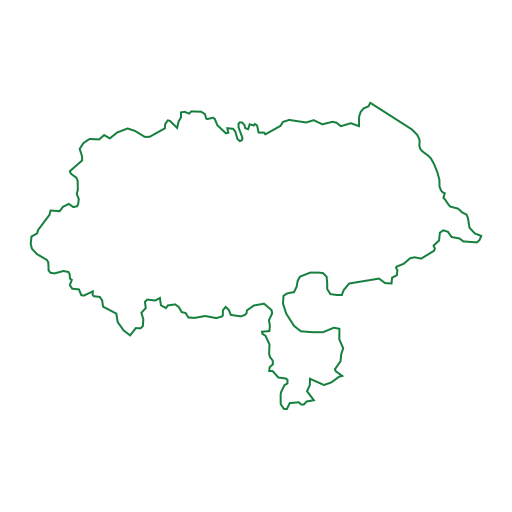 North Yorkshire, Mercator projection
{"feature_id": "GBR-2140", "entity_name": "North Yorkshire", "entity_type": "Administrative County", "adm_level": 1, "iso_a3": "GBR", "parent_name": "United Kingdom", "parent_adm1": "", "projection": "mercator", "projection_center": [-1.361, 54.089], "detail": "fine", "context": "isolated", "style": "outline", "palette": "green", "viewbox_px": 512, "rotation_deg": 0, "n_neighbors": 0, "source": "natural_earth", "source_scale": "10m", "svg_char_len": 3489}
<svg xmlns="http://www.w3.org/2000/svg" viewBox="0 0 512 512"><path d="M370.4,102.9L411.7,129.3L417.1,134.7L419.4,139.3L419.6,142.2L419.3,144.8L419.9,148.2L421.9,151.0L428.2,155.7L430.9,158.4L433.8,163.6L437.1,171.5L439.4,179.8L439.5,186.4L440.2,188.5L441.2,190.7L442.7,192.4L444.7,193.1L443.9,196.5L443.4,197.8L445.0,199.4L448.6,204.8L450.1,206.5L457.9,208.6L459.8,210.1L462.1,212.4L466.5,214.6L467.9,217.9L469.3,226.6L469.7,228.0L474.8,233.4L481.3,236.0L481.2,236.3L479.4,240.2L476.9,242.4L463.2,241.4L459.8,238.6L451.6,237.0L447.9,231.8L443.3,230.3L439.9,232.7L439.0,240.6L433.6,245.5L434.9,248.6L434.0,250.8L421.2,258.6L414.6,257.3L410.2,258.2L403.8,263.7L396.7,266.6L396.0,267.5L397.4,270.3L396.8,275.3L392.1,277.7L391.5,283.5L385.1,283.1L379.0,278.6L349.2,283.5L343.7,290.1L341.8,295.0L336.8,295.0L330.4,294.1L327.2,289.0L327.2,283.1L326.6,276.7L322.9,273.1L318.6,272.6L310.3,272.6L304.4,274.9L299.9,276.7L297.7,280.8L296.6,286.8L294.0,292.2L290.5,292.7L286.7,293.6L283.5,295.9L283.0,303.6L286.2,313.6L294.0,325.9L300.9,331.3L312.4,332.2L323.1,332.2L333.9,327.7L339.4,328.8L339.3,339.3L343.2,348.3L341.2,354.2L340.6,361.1L334.9,369.3L335.8,371.3L342.2,375.9L339.0,376.8L331.3,382.4L324.0,385.0L310.0,378.8L309.8,385.3L307.0,391.2L313.8,400.2L306.6,401.5L303.8,404.6L301.2,404.5L298.8,402.3L289.8,403.1L286.8,409.1L283.9,408.9L280.7,404.1L280.6,395.1L281.0,392.3L284.5,385.1L287.4,383.5L287.5,379.9L285.8,378.5L278.3,377.5L272.7,371.1L269.2,371.0L269.7,367.2L272.9,364.3L272.7,360.5L270.1,357.3L269.1,354.0L269.5,344.5L265.5,335.8L262.5,333.9L262.0,331.7L269.4,331.1L269.9,326.0L269.0,320.1L272.1,313.5L271.6,310.1L264.0,303.7L253.9,305.5L246.9,310.4L246.6,313.0L245.0,314.9L240.8,316.4L230.8,314.9L228.8,309.9L225.6,306.9L222.9,310.3L222.8,315.6L221.7,316.6L216.2,318.1L205.1,316.0L194.7,317.9L188.4,317.5L185.6,313.0L181.7,312.1L178.8,307.0L175.1,304.4L167.9,305.4L165.9,308.1L160.9,305.2L159.9,298.0L155.2,300.5L147.2,299.6L144.9,301.9L145.8,308.0L141.4,312.8L143.3,319.3L142.9,326.0L140.6,328.3L135.8,328.1L130.1,335.4L123.7,330.5L117.7,322.1L116.3,313.6L103.0,306.6L102.2,300.6L99.9,297.0L93.8,296.2L92.6,294.7L92.8,291.4L83.8,295.6L81.3,295.2L78.9,289.4L72.2,288.7L69.8,285.1L71.8,279.9L70.1,278.7L69.5,273.8L68.4,272.0L63.5,271.0L54.6,273.4L50.4,272.8L48.6,270.4L48.3,262.4L46.7,259.8L36.9,254.1L31.9,248.7L30.7,243.9L31.5,236.5L37.0,233.5L38.3,229.7L49.5,214.8L50.6,210.5L59.6,211.2L63.0,206.8L68.8,203.9L73.3,207.1L77.0,206.3L78.1,204.5L78.8,199.1L76.7,193.8L77.8,190.1L77.7,180.9L76.4,177.8L71.0,173.8L69.8,171.2L82.1,160.5L82.1,156.5L79.7,148.9L83.4,143.1L89.5,139.0L99.2,139.4L104.1,135.1L106.6,136.5L109.8,138.4L117.3,132.4L127.6,128.5L135.0,130.9L144.8,136.9L149.7,136.8L164.9,128.3L165.2,124.0L167.8,120.4L170.0,120.9L177.1,127.9L178.6,121.5L181.0,117.3L181.0,112.4L184.5,111.8L189.1,113.6L191.3,111.4L197.3,111.6L201.1,111.7L204.9,114.1L206.3,118.6L207.3,119.1L213.0,117.7L214.8,119.0L217.3,125.2L225.9,133.3L228.3,132.8L227.3,128.2L233.1,128.8L235.2,131.4L237.5,139.0L239.8,141.1L241.9,140.2L242.5,138.0L238.6,127.5L238.5,123.8L239.9,122.3L242.3,122.6L244.4,125.0L245.2,128.1L248.1,129.2L249.7,124.3L253.6,125.5L254.8,124.0L257.1,125.5L258.6,132.6L264.1,132.6L265.4,134.3L279.9,126.2L280.4,126.0L283.0,121.9L289.3,119.9L293.6,120.6L306.1,122.5L313.7,120.2L322.4,124.3L332.6,121.8L336.5,122.7L340.9,126.2L350.8,123.2L359.0,126.1L359.1,116.6L360.7,111.9L363.5,108.5L368.5,106.3L370.2,103.1L370.4,102.9L370.4,102.9Z" fill="none" stroke="#15803d" stroke-width="2"/></svg>